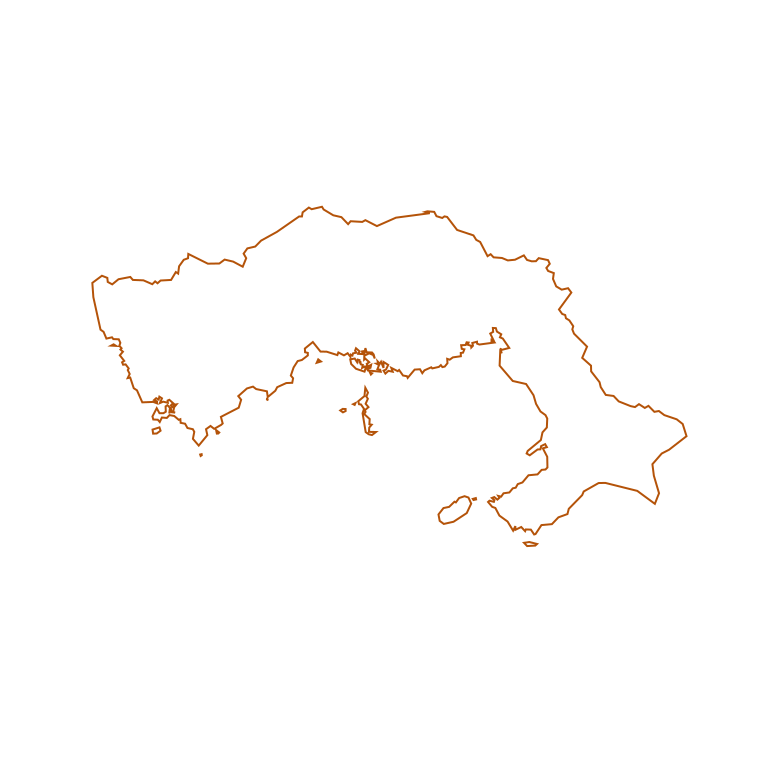 outline of Toli-Toli, Sulawesi Tengah, Indonesia, rotated 228°
{"feature_id": "22746128B86630799177927", "entity_name": "Toli-Toli", "entity_type": "district", "adm_level": 2, "iso_a3": "IDN", "parent_name": "Indonesia", "parent_adm1": "Sulawesi Tengah", "projection": "albers", "projection_center": [120.606, 0.981], "detail": "fine", "context": "isolated", "style": "outline", "palette": "amber", "viewbox_px": 768, "rotation_deg": 228, "n_neighbors": 0, "source": "geoboundaries", "source_scale": "gbopen_adm2", "svg_char_len": 6180}
<svg xmlns="http://www.w3.org/2000/svg" viewBox="0 0 768 768"><g transform="rotate(228 384 384)"><path d="M653.2,246.8L654.3,234.9L643.0,226.1L614.1,209.7L610.4,210.5L603.5,208.1L600.7,213.1L598.5,212.9L594.7,216.8L591.0,215.6L589.5,212.9L586.2,212.9L586.0,211.2L582.7,211.6L582.1,206.9L575.0,206.4L575.4,203.9L572.9,203.0L571.5,205.1L566.4,204.7L565.8,202.9L561.6,201.7L559.9,197.5L558.6,199.7L548.3,195.2L544.6,196.2L532.1,192.1L525.1,200.5L521.5,202.4L522.9,203.7L525.9,202.4L525.9,205.2L523.2,206.1L524.9,208.6L521.9,209.4L519.8,204.7L518.6,208.1L514.7,210.8L516.5,212.1L515.9,213.9L508.7,214.7L507.7,216.2L507.3,213.5L510.9,213.5L510.7,211.2L506.6,211.7L504.4,208.7L502.5,209.6L505.1,207.3L508.0,209.0L505.8,204.7L509.5,209.0L513.2,208.9L513.5,206.7L509.4,203.3L509.9,200.5L512.5,197.6L518.1,198.9L514.8,190.2L512.0,188.8L508.8,192.0L505.8,191.9L507.7,196.5L504.1,199.9L504.4,203.8L500.6,206.7L494.7,207.5L494.1,209.1L491.2,206.9L487.6,209.6L482.8,208.5L478.3,211.7L475.4,211.0L471.1,205.3L462.2,205.1L464.2,218.5L469.5,221.5L468.9,227.0L464.3,227.8L462.6,235.6L462.6,237.7L468.7,240.8L463.6,260.2L467.9,267.3L472.5,267.6L472.4,279.2L469.7,284.9L465.8,285.6L456.9,292.1L452.1,288.9L451.7,298.7L453.1,302.5L450.1,312.0L446.3,316.6L449.1,320.3L452.6,320.4L456.8,327.9L458.8,335.2L456.8,339.0L456.2,346.5L458.1,348.2L460.4,346.6L463.3,348.9L462.8,359.2L450.6,358.5L446.4,363.0L436.7,368.7L438.0,371.2L432.1,373.4L431.2,377.6L426.6,377.2L428.0,379.0L426.3,379.6L427.5,381.5L425.7,384.5L428.1,384.8L429.3,387.1L424.6,387.7L423.6,385.1L420.5,388.2L422.9,389.5L422.3,390.5L419.3,389.2L423.1,394.2L419.2,392.3L415.4,396.2L412.9,396.1L409.1,394.2L412.8,395.4L416.7,393.5L418.2,388.3L415.4,385.6L415.4,387.1L410.1,387.6L410.5,384.7L408.2,384.1L409.3,383.6L408.2,381.4L406.9,387.3L405.1,384.8L406.4,381.6L404.8,381.1L395.3,389.8L397.2,390.7L399.4,389.0L401.4,393.0L404.2,392.0L403.2,393.4L405.0,394.4L401.8,394.5L402.5,396.7L396.3,394.4L400.7,398.4L395.4,399.9L393.4,395.2L394.2,392.6L390.8,392.0L390.8,396.1L387.3,398.7L391.1,400.2L384.3,402.8L384.3,404.6L377.6,403.8L374.4,406.3L372.7,405.7L374.2,416.4L370.9,420.6L366.4,419.7L367.1,423.2L364.8,430.3L363.3,430.3L360.0,436.2L360.0,438.9L357.5,438.7L356.3,440.8L357.0,445.1L360.4,447.8L358.1,449.1L357.7,453.0L353.2,459.7L355.7,461.8L354.4,463.7L356.0,466.9L358.1,465.3L361.2,467.3L358.4,470.7L359.7,473.3L358.2,474.6L357.2,472.5L354.1,474.3L352.7,473.3L352.9,475.7L355.4,477.1L353.2,481.4L351.7,480.2L349.5,481.3L340.8,494.0L342.9,494.3L343.4,492.1L345.1,493.7L343.7,494.8L350.4,496.7L349.7,500.0L352.8,502.4L350.7,504.5L347.4,503.0L342.5,504.4L341.1,501.4L338.3,502.7L327.0,501.2L331.0,493.5L328.0,492.0L331.1,493.1L332.3,494.9L331.8,493.5L320.3,482.2L300.1,481.7L288.9,489.6L275.6,487.6L267.5,483.7L258.9,481.9L252.8,483.2L249.1,482.2L242.7,475.9L242.0,469.4L237.4,463.1L238.1,446.0L236.9,443.5L233.5,444.6L232.6,454.3L230.8,456.5L232.7,459.2L231.5,463.5L228.1,462.8L229.9,459.0L220.7,456.6L212.6,449.6L212.4,446.8L214.7,443.7L214.1,437.6L219.5,430.3L218.2,421.0L220.1,416.4L218.8,412.5L220.3,409.9L219.5,404.6L222.8,399.7L221.9,395.7L224.4,394.0L222.2,393.6L222.2,390.9L226.2,390.3L227.1,387.9L223.8,388.3L222.9,386.8L226.7,384.3L226.7,382.4L220.3,382.2L217.4,383.8L209.0,381.7L199.1,383.8L188.6,381.8L190.5,386.5L187.7,384.2L185.9,390.3L180.2,390.4L181.0,392.1L177.5,395.7L171.7,394.9L171.1,396.2L173.8,406.6L167.5,415.0L168.2,424.4L164.6,433.3L167.6,437.8L168.8,456.9L170.5,460.5L166.8,477.2L162.4,482.3L135.1,500.7L113.7,505.1L118.8,515.3L135.3,523.2L144.8,529.8L146.5,543.9L144.4,551.9L142.8,573.9L154.4,579.2L161.9,577.9L173.3,571.5L180.0,570.2L182.4,566.3L190.8,565.9L191.7,561.8L198.4,560.0L198.9,555.1L202.5,552.5L214.0,546.8L221.5,546.6L227.5,541.5L236.7,543.0L241.1,545.4L254.8,546.4L259.1,550.1L270.8,548.8L275.9,559.9L294.3,558.9L298.6,560.5L300.3,563.3L307.3,564.3L311.1,563.2L314.0,564.8L316.8,563.3L322.3,563.9L326.6,584.4L332.0,584.9L335.2,579.2L341.3,577.3L349.0,579.9L352.8,584.4L358.2,581.6L361.6,582.3L362.4,587.6L366.3,588.8L374.0,583.2L373.6,579.1L376.3,575.9L380.5,573.3L386.0,574.0L388.7,564.5L393.0,558.7L398.7,556.0L404.8,550.2L409.1,550.1L409.7,546.5L425.2,550.5L429.4,549.0L434.6,549.9L449.6,541.4L465.9,542.7L468.1,541.1L468.4,538.4L473.6,535.3L478.3,536.5L483.3,531.8L484.3,529.8L480.3,532.3L499.6,504.2L506.1,484.4L518.2,479.8L519.0,476.3L527.3,468.1L526.8,464.3L536.5,464.0L543.3,459.2L554.1,455.9L557.2,456.5L562.3,447.2L565.4,446.2L566.0,438.4L563.4,435.1L565.3,433.0L568.7,406.2L572.8,388.6L572.3,380.3L576.2,373.2L574.8,366.9L569.7,365.8L565.7,357.5L575.9,353.8L583.1,348.8L583.7,342.3L591.3,333.6L611.6,325.6L608.6,322.5L610.3,318.3L608.6,310.5L603.8,304.9L606.5,304.2L603.8,295.4L610.4,287.2L610.4,283.1L613.4,282.6L613.2,278.6L622.0,274.6L629.4,267.0L633.3,267.1L639.5,256.8L639.9,248.7L644.7,247.0L648.0,249.4L653.2,246.8ZM249.4,357.6L249.1,350.2L252.0,345.2L250.6,337.2L245.0,333.8L240.0,334.8L235.1,343.5L232.7,359.1L236.8,368.8L243.1,370.8L246.7,368.8L249.0,363.5L247.9,358.2L249.4,357.6ZM376.6,348.5L360.5,338.2L356.9,339.0L354.1,340.9L353.7,345.9L358.5,340.8L361.5,343.9L362.0,347.6L363.9,346.2L367.5,349.9L374.9,349.2L375.6,351.6L377.3,351.9L377.2,357.0L381.6,357.1L383.8,362.1L386.5,362.5L388.3,366.3L393.7,367.6L388.1,361.4L388.4,353.3L385.7,351.9L384.2,353.2L378.9,352.5L376.6,348.5ZM422.5,379.3L424.9,375.4L420.8,373.0L414.0,373.4L406.2,377.8L407.9,380.9L409.9,381.3L410.6,378.6L412.3,381.0L414.2,379.9L416.8,381.7L415.7,379.6L418.1,381.8L419.7,380.8L418.2,378.6L422.5,379.3ZM502.0,188.1L505.0,181.5L501.6,179.2L499.3,182.0L498.8,186.7L502.0,188.1ZM162.7,390.7L169.4,386.2L172.3,381.8L167.8,381.9L162.7,388.3L162.7,390.7ZM391.1,338.7L393.1,336.7L393.6,333.8L390.4,334.5L389.6,337.4L391.1,338.7ZM442.9,352.2L446.3,351.6L444.8,348.2L442.9,352.2ZM462.1,228.4L459.0,226.6L458.1,227.7L458.2,229.1L462.1,228.4ZM591.6,210.4L594.4,209.6L595.1,206.9L591.6,210.4ZM239.2,373.1L237.9,372.9L236.6,375.2L237.8,375.9L239.2,373.1ZM388.9,350.0L389.6,347.6L388.1,348.2L388.9,350.0ZM401.8,381.2L399.8,380.6L399.9,382.3L401.8,381.2ZM454.6,200.2L453.2,199.6L453.0,200.9L453.9,201.5L454.6,200.2ZM451.9,287.9L450.9,286.7L449.5,286.7L451.9,287.9Z" fill="none" stroke="#b45309" stroke-width="2"/></g></svg>